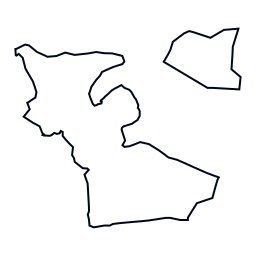 Al Misrakh, Ta`izz, Yemen
{"feature_id": "15242507B98966668539827", "entity_name": "Al Misrakh", "entity_type": "district", "adm_level": 2, "iso_a3": "YEM", "parent_name": "Yemen", "parent_adm1": "Ta`izz", "projection": "orthographic", "projection_center": [44.032, 13.47], "detail": "fine", "context": "isolated", "style": "outline", "palette": "ink", "viewbox_px": 256, "rotation_deg": 0, "n_neighbors": 0, "source": "geoboundaries", "source_scale": "gbopen_adm2", "svg_char_len": 3083}
<svg xmlns="http://www.w3.org/2000/svg" viewBox="0 0 256 256"><path d="M23.7,116.7L33.3,123.0L34.2,123.4L39.0,126.0L39.7,126.5L43.0,134.7L42.7,135.0L43.4,135.2L44.0,134.4L44.2,134.6L44.1,135.5L49.9,135.8L51.5,135.1L53.2,133.8L54.4,132.9L56.8,133.9L59.6,133.3L60.7,131.0L62.7,132.0L62.7,132.6L62.7,133.8L62.7,134.6L62.7,135.3L62.7,135.9L64.9,138.7L69.4,143.6L73.0,147.1L72.1,155.2L73.9,158.0L74.8,161.9L82.7,168.2L87.3,168.5L88.7,169.9L84.5,174.6L85.4,177.3L87.2,182.3L87.6,183.3L88.0,189.8L88.1,191.8L88.5,199.0L88.5,199.6L88.6,200.7L89.0,208.6L89.0,209.9L89.0,211.2L87.8,214.5L89.0,219.7L89.0,219.9L89.2,222.1L89.5,225.6L92.0,226.6L92.4,226.8L93.8,227.3L95.6,227.0L95.9,227.0L99.7,226.3L101.6,226.0L104.5,225.5L109.7,225.6L112.9,224.0L114.2,223.8L121.9,222.9L122.4,222.9L123.2,222.8L126.6,222.5L131.0,222.1L134.3,221.8L138.0,221.5L139.4,221.4L139.5,221.4L147.5,220.6L147.9,220.6L157.2,219.2L164.1,218.1L165.7,217.9L165.8,217.9L166.0,217.9L167.8,217.9L170.4,217.9L174.5,218.8L175.2,218.9L175.4,219.0L177.6,219.4L180.0,220.0L180.4,220.0L184.9,220.0L187.9,220.0L187.9,217.6L189.9,214.4L191.5,211.8L196.9,203.2L206.4,200.0L212.4,198.0L214.9,188.8L217.5,179.7L218.8,177.4L211.7,174.8L210.5,174.4L209.6,174.0L207.7,173.3L207.3,173.2L205.7,172.5L192.8,166.8L189.7,165.4L185.1,163.3L176.8,159.7L168.5,157.5L165.1,154.9L159.3,150.6L157.9,149.7L152.6,146.4L148.9,144.1L147.5,143.8L145.3,143.3L144.6,143.1L140.1,142.1L133.2,144.9L131.2,145.6L130.2,146.0L129.6,146.2L124.5,146.9L122.5,145.2L125.1,140.5L123.6,135.8L123.1,134.3L121.6,129.5L121.7,129.0L121.9,127.9L123.5,126.4L124.9,126.0L131.5,123.9L132.2,123.7L132.5,123.4L133.0,123.0L135.7,121.2L137.5,120.0L138.1,118.9L139.0,117.2L139.7,116.0L139.7,111.1L139.3,110.2L138.2,108.1L138.0,107.7L137.9,107.7L138.2,105.8L138.3,105.1L137.2,102.4L136.0,99.5L135.7,98.9L134.7,97.9L131.3,91.9L129.3,89.8L124.5,87.9L121.4,85.1L115.7,88.1L111.9,90.3L106.5,95.4L105.3,96.3L104.3,97.5L104.2,97.6L104.0,97.9L100.8,100.4L100.6,101.1L100.9,101.4L101.4,100.9L101.8,101.5L101.4,103.4L97.7,104.3L96.9,105.0L94.5,105.7L92.8,103.8L90.9,99.2L90.6,98.6L90.5,98.3L90.2,97.5L90.2,97.3L89.0,93.6L89.3,93.3L91.4,86.8L92.7,85.0L95.9,80.3L97.1,78.9L99.8,76.0L102.1,71.9L111.8,67.6L113.1,67.0L122.4,64.1L123.3,62.9L124.3,61.5L124.3,61.3L123.9,60.1L122.3,55.9L120.0,55.3L113.0,53.6L112.2,53.4L104.1,53.2L96.1,52.0L89.6,53.2L87.6,53.5L82.1,54.1L74.7,54.9L65.2,52.6L56.4,56.0L50.6,56.5L47.4,56.8L47.3,56.7L43.5,54.9L37.5,52.2L37.0,52.0L34.2,49.7L29.1,45.5L28.3,45.3L25.3,44.6L24.7,44.8L23.2,45.5L16.6,48.8L15.4,49.0L15.8,55.2L16.5,55.6L18.7,53.9L22.7,57.8L25.5,68.7L27.3,71.9L28.1,73.2L30.5,77.3L30.7,77.7L32.2,80.2L32.6,81.0L32.9,81.5L33.0,81.7L33.1,81.9L33.7,83.9L34.3,85.4L35.8,90.2L36.5,92.2L36.4,92.4L36.1,93.9L36.1,94.3L35.9,94.8L35.4,97.6L33.0,99.1L30.3,100.9L28.2,102.4L27.3,102.7L29.7,109.3L23.7,116.7ZM239.3,89.4L240.6,77.0L231.5,69.3L232.5,53.9L232.8,46.8L238.4,28.7L223.9,29.9L210.4,37.8L193.8,32.3L189.1,31.1L184.0,33.4L172.9,41.8L170.4,49.8L168.1,54.4L163.7,61.8L202.2,84.7L207.5,87.9L213.0,87.9L239.3,89.4Z" fill="none" stroke="#020617" stroke-width="2"/></svg>